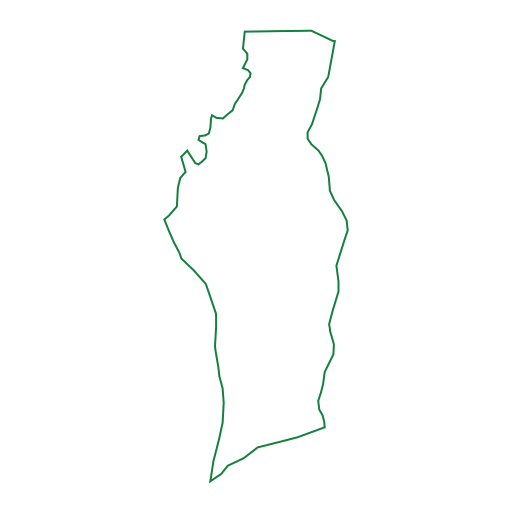 the district of Kogi, Kogi, Nigeria
{"feature_id": "59680162B62255786160615", "entity_name": "Kogi", "entity_type": "district", "adm_level": 2, "iso_a3": "NGA", "parent_name": "Nigeria", "parent_adm1": "Kogi", "projection": "natural_earth1", "projection_center": [6.814, 8.13], "detail": "fine", "context": "isolated", "style": "outline", "palette": "green", "viewbox_px": 512, "rotation_deg": 0, "n_neighbors": 0, "source": "geoboundaries", "source_scale": "gbopen_adm2", "svg_char_len": 2967}
<svg xmlns="http://www.w3.org/2000/svg" viewBox="0 0 512 512"><path d="M324.7,427.3L324.2,421.7L322.6,415.4L319.3,409.7L318.2,400.9L320.9,392.7L323.1,383.9L324.7,372.0L327.6,366.1L333.4,354.4L333.9,344.3L330.1,331.1L329.8,328.2L329.1,324.2L332.8,310.3L338.5,291.5L338.5,281.4L336.4,265.7L344.5,239.9L347.7,230.4L346.6,220.4L341.8,210.9L334.2,200.2L329.9,190.8L328.8,177.0L325.5,163.1L322.3,156.2L318.5,150.6L311.4,144.3L310.9,143.5L307.6,138.6L307.6,132.3L312.0,124.1L317.4,107.8L320.1,99.0L320.2,97.5L321.2,88.3L328.2,77.0L334.8,41.1L332.8,40.9L315.3,32.6L311.3,30.7L299.7,30.9L279.7,31.1L248.6,31.6L248.1,31.6L244.8,31.6L244.7,31.9L244.4,35.1L243.6,42.4L243.0,48.4L242.9,48.6L243.1,48.8L244.9,50.9L247.1,53.5L247.3,53.7L247.3,53.9L247.3,59.1L247.3,59.3L247.2,59.6L245.7,62.6L243.0,67.9L242.9,68.1L243.2,68.2L245.8,69.3L246.5,69.5L247.4,69.9L247.5,69.9L247.8,70.0L248.0,70.2L250.4,73.0L250.5,73.2L250.5,73.4L250.0,76.7L250.0,77.0L249.8,77.1L248.5,78.7L247.4,79.9L247.3,80.1L247.1,80.3L246.1,82.2L244.7,84.9L244.6,85.1L244.5,85.4L244.5,85.5L244.3,86.3L244.3,86.7L244.1,88.0L244.0,88.3L243.9,88.5L243.5,89.4L243.2,90.1L242.5,91.9L242.0,92.9L242.0,93.1L241.9,93.3L241.7,93.5L238.8,98.0L237.2,100.6L237.0,100.9L236.8,101.1L236.2,102.0L235.6,102.8L235.1,103.6L235.0,103.8L234.8,104.0L234.7,104.2L234.7,104.4L234.3,105.5L233.9,106.6L233.2,108.8L233.0,109.2L232.8,109.7L232.8,109.9L232.7,110.0L232.6,110.3L230.7,111.8L229.8,112.5L229.7,112.6L229.4,112.8L229.2,113.0L225.2,116.4L223.1,118.3L222.9,118.5L222.7,118.4L216.6,117.9L216.4,117.8L216.2,117.7L214.6,116.8L212.3,115.4L212.1,115.3L212.0,115.6L211.1,118.2L211.0,118.5L210.7,123.6L210.5,126.2L210.5,127.0L210.4,127.3L210.4,127.5L208.9,133.3L208.8,133.6L208.6,133.7L207.7,134.1L207.3,134.3L207.2,134.4L206.4,134.8L206.0,135.0L205.5,135.2L205.3,135.3L205.2,135.3L205.0,135.5L204.8,135.5L202.9,135.7L201.0,135.9L200.6,136.0L200.1,136.0L199.9,136.0L199.6,136.1L199.5,136.3L198.6,139.6L198.5,139.9L198.7,140.0L202.7,142.5L205.4,144.1L205.6,144.3L205.6,144.5L206.6,151.5L206.6,151.8L206.6,152.1L206.0,155.4L205.8,156.8L205.7,157.6L205.6,157.8L205.6,158.1L205.4,158.3L202.5,161.1L202.3,161.2L202.1,161.5L199.7,163.4L199.3,163.7L199.0,164.0L198.9,164.1L198.7,164.2L198.5,164.4L198.3,164.3L195.5,163.2L195.3,163.1L195.1,162.9L194.6,162.1L194.3,161.5L192.6,159.0L187.3,150.8L187.2,150.6L181.4,156.7L181.2,156.8L185.6,172.0L183.9,173.8L180.1,178.2L180.1,178.5L178.0,187.4L177.9,187.7L177.9,187.9L177.6,192.8L176.9,206.3L176.9,206.5L176.7,206.7L169.4,215.1L169.3,215.3L169.1,215.5L164.5,219.3L164.3,219.5L169.5,232.3L173.9,242.4L176.5,247.3L179.5,253.1L181.4,258.6L193.7,270.3L205.8,283.9L209.8,295.4L216.1,314.1L216.1,317.9L216.1,327.3L215.0,346.2L215.6,351.2L218.3,366.9L219.4,376.4L222.6,388.3L223.7,402.8L222.6,422.9L219.1,439.0L213.4,461.3L211.2,475.8L210.3,481.3L221.3,473.9L221.4,473.7L227.8,465.7L243.8,458.1L254.5,449.9L257.6,447.4L277.6,442.4L297.1,437.4L324.7,427.3Z" fill="none" stroke="#15803d" stroke-width="2"/></svg>